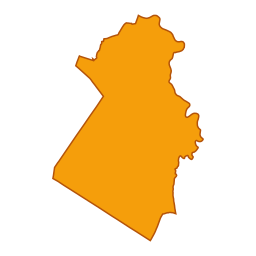 outline of Vinh Thuan, Kiên Giang, Vietnam
{"feature_id": "81297802B62462651678890", "entity_name": "Vinh Thuan", "entity_type": "district", "adm_level": 2, "iso_a3": "VNM", "parent_name": "Vietnam", "parent_adm1": "Kiên Giang", "projection": "albers", "projection_center": [105.281, 9.542], "detail": "fine", "context": "isolated", "style": "filled", "palette": "amber", "viewbox_px": 256, "rotation_deg": 0, "n_neighbors": 0, "source": "geoboundaries", "source_scale": "gbopen_adm2", "svg_char_len": 5727}
<svg xmlns="http://www.w3.org/2000/svg" viewBox="0 0 256 256"><path d="M138.4,15.4L137.7,17.6L135.5,23.6L132.1,24.2L131.6,23.4L130.4,23.4L128.5,23.1L127.0,23.0L126.3,22.9L125.3,23.5L123.9,24.9L123.1,26.1L122.3,27.3L119.4,32.2L119.2,32.3L118.6,33.7L118.4,34.2L117.7,34.9L116.2,35.2L113.9,35.9L111.9,36.5L109.4,37.5L108.3,38.0L107.0,38.5L105.5,38.7L104.1,38.8L103.9,38.9L103.8,39.1L103.9,39.5L103.9,39.8L103.6,40.3L103.5,41.2L103.4,41.4L103.2,41.5L102.3,41.4L101.9,41.5L101.7,41.6L101.7,43.2L101.4,44.1L101.2,44.2L100.9,44.4L100.8,44.5L100.6,45.1L100.2,47.4L99.9,48.5L99.7,49.1L99.4,50.4L99.2,50.6L98.8,50.7L98.7,50.7L98.5,51.2L97.5,52.3L97.1,53.1L96.7,54.7L96.6,55.4L96.4,56.5L96.7,57.6L96.7,57.9L96.6,58.1L96.3,58.4L95.5,58.9L94.3,60.0L92.8,58.8L93.2,60.5L80.0,56.3L79.4,56.0L78.9,57.1L78.7,57.6L78.5,58.3L77.0,62.1L75.8,65.8L78.7,68.3L84.7,73.7L89.9,78.4L91.1,79.9L92.4,81.8L95.2,85.4L96.5,87.2L103.4,96.3L97.5,105.2L96.0,107.4L89.8,116.2L84.4,124.1L76.5,135.4L60.9,158.3L58.8,161.4L57.7,162.8L54.9,167.0L54.6,167.4L53.4,175.8L52.9,178.5L57.7,181.2L64.0,185.4L69.4,188.8L100.5,208.6L112.3,216.3L117.1,219.3L129.7,227.5L136.1,231.5L150.3,240.6L151.4,238.8L152.2,237.3L153.5,235.0L154.6,232.9L155.4,231.2L156.2,229.1L156.5,228.5L156.8,227.7L157.3,226.7L159.4,220.9L160.2,218.7L160.7,217.5L162.7,214.0L163.8,213.9L164.3,213.7L165.4,213.4L166.7,212.9L167.2,212.7L167.4,212.7L167.8,212.9L168.0,212.9L168.8,212.6L169.1,212.5L170.2,212.4L170.6,212.5L171.0,212.5L171.4,212.6L172.6,212.7L172.9,212.7L173.8,213.0L175.1,213.5L175.8,213.7L175.7,213.3L175.6,212.7L175.3,211.2L175.1,209.8L174.8,208.3L174.5,205.4L174.0,202.5L173.7,201.2L173.6,198.9L173.5,198.4L173.2,197.0L173.0,195.7L173.0,193.4L173.1,192.9L172.9,192.0L172.9,191.6L172.9,191.1L173.2,189.3L173.2,188.8L173.1,187.7L173.0,187.2L173.1,186.7L173.2,185.9L173.8,184.5L173.9,184.2L174.0,183.2L174.1,181.9L174.3,179.9L174.3,179.2L174.4,178.6L175.0,177.7L175.4,177.3L176.1,176.5L176.4,176.0L176.6,175.6L176.6,175.3L176.5,175.0L176.4,174.7L176.1,174.2L175.7,173.9L175.4,173.9L175.3,173.7L175.3,173.3L175.3,172.9L175.4,172.6L175.5,172.3L175.6,171.8L175.6,171.2L175.7,170.7L175.3,170.0L175.1,169.4L175.1,169.0L175.2,168.8L175.4,168.6L175.9,168.5L176.1,168.5L176.5,168.4L176.8,168.2L177.1,167.7L177.3,167.1L177.5,166.8L177.8,166.4L178.2,166.1L178.5,165.4L178.5,164.7L178.6,163.7L178.7,162.9L178.7,162.3L178.7,162.1L178.5,161.3L178.4,161.0L178.4,160.4L178.5,159.6L178.7,158.1L178.9,157.6L179.1,157.2L179.5,156.6L179.7,156.3L180.1,156.0L180.3,155.9L180.6,155.9L180.9,156.1L181.6,156.8L182.3,157.6L182.7,157.9L183.2,158.2L183.7,158.4L183.9,158.5L184.1,158.5L184.3,158.3L184.5,158.2L184.6,157.9L184.7,157.1L185.0,156.7L185.4,156.4L186.0,156.0L186.4,155.8L187.3,155.5L187.7,155.5L187.9,155.6L188.1,155.9L188.3,156.7L188.7,157.4L189.5,158.2L190.1,158.7L191.0,159.3L191.3,159.4L191.7,159.4L192.0,159.2L192.7,158.2L193.1,157.3L193.1,157.0L193.1,156.8L193.0,156.6L192.4,155.9L192.2,155.5L192.0,155.2L191.9,154.9L191.9,154.4L192.0,153.8L192.1,153.1L192.2,152.8L192.6,152.5L192.9,152.4L193.2,152.3L194.1,152.1L194.4,152.0L194.9,151.6L195.8,150.9L196.6,150.0L197.1,149.3L197.9,148.1L198.1,147.9L198.1,147.7L198.1,147.3L197.9,147.2L197.4,146.8L196.7,146.2L196.1,145.3L195.9,144.9L195.7,144.4L195.5,143.7L195.3,142.8L195.3,142.2L195.3,141.7L195.4,141.4L195.6,141.1L196.1,140.6L196.3,140.5L196.5,140.5L196.8,140.5L197.9,141.2L198.8,141.5L199.3,141.6L199.6,141.6L200.1,141.6L200.6,141.5L201.2,141.3L201.6,141.1L202.2,140.6L202.5,140.3L203.0,139.6L203.1,139.1L202.6,138.5L201.3,137.5L200.9,137.0L200.3,135.9L200.0,134.9L200.0,134.1L200.2,132.6L200.4,131.2L200.5,130.5L200.5,130.0L200.3,129.7L199.4,128.9L198.9,128.5L198.6,128.1L198.0,127.1L197.5,126.0L197.4,125.4L197.3,124.1L197.3,123.5L197.3,122.5L197.4,121.6L197.6,120.7L198.2,119.2L198.3,118.7L198.6,117.4L198.7,116.6L198.8,115.9L198.7,115.6L198.6,115.2L198.4,114.7L198.1,114.3L197.7,114.0L197.3,113.8L196.9,113.6L196.3,113.4L195.1,113.3L194.3,113.3L193.8,113.4L193.3,113.5L192.9,113.7L191.8,114.3L191.2,114.7L190.4,115.4L189.3,116.2L187.6,117.2L187.3,117.3L186.8,117.3L186.5,117.2L186.2,117.0L185.8,116.7L185.7,116.4L185.5,116.0L185.4,115.2L185.5,113.8L186.0,111.3L186.5,109.9L186.8,109.2L187.7,108.0L188.5,107.3L189.4,106.3L189.5,106.0L189.7,105.7L189.8,105.1L189.7,104.2L189.6,103.9L189.4,103.6L189.2,103.4L188.1,102.6L186.0,101.3L184.7,100.6L183.9,100.1L182.9,99.3L180.1,96.8L179.7,96.5L179.2,96.3L178.0,95.8L177.5,95.6L177.0,95.3L176.2,94.6L175.6,93.7L175.2,93.1L175.0,92.6L174.9,92.0L174.8,91.5L174.6,90.4L174.4,89.6L173.8,88.5L172.2,85.3L171.4,84.2L171.1,84.0L170.1,83.2L169.7,82.9L169.1,82.2L169.0,81.6L169.0,81.3L169.2,80.8L169.3,80.3L170.0,79.3L170.4,78.4L170.5,77.9L170.5,77.5L170.4,76.6L170.3,75.6L170.4,74.5L171.1,72.1L171.2,71.1L171.2,70.6L171.1,70.2L170.8,68.9L170.3,67.5L169.8,66.3L169.3,65.0L169.2,64.1L169.1,63.7L169.2,62.3L169.3,61.9L169.5,61.4L170.1,60.5L170.3,60.1L170.7,59.8L171.7,59.0L172.2,58.4L172.4,57.9L172.7,57.0L173.1,55.1L173.3,54.0L173.5,53.5L173.6,53.1L173.9,52.9L174.1,52.6L174.8,52.4L175.0,52.4L175.6,52.6L176.3,52.2L179.4,51.6L181.7,50.7L182.3,50.2L183.3,49.2L183.7,48.2L184.2,47.5L184.3,46.7L184.4,45.5L184.4,43.9L183.9,42.9L183.2,42.0L182.6,41.7L181.9,41.5L180.8,41.5L179.3,41.8L178.7,41.8L177.1,41.6L176.3,41.1L175.5,40.5L175.1,40.1L174.3,38.6L173.9,37.7L173.3,36.5L172.7,34.8L172.0,33.8L170.9,32.5L169.7,31.7L167.8,30.8L166.3,30.1L162.9,28.8L162.0,28.3L161.3,27.7L160.6,27.1L160.1,26.5L159.6,25.6L159.3,24.7L159.2,24.0L159.3,23.1L159.9,19.8L159.9,18.9L159.7,18.4L159.6,18.1L159.1,17.5L158.2,16.7L157.2,15.9L156.3,15.5L155.2,15.4L153.9,15.4L153.0,15.7L150.1,17.3L149.3,17.7L147.1,18.3L146.3,18.3L145.1,18.1L143.1,17.6L141.2,16.9L139.1,15.8L138.4,15.4Z" fill="#f59e0b" stroke="#b45309" stroke-width="1.5"/></svg>